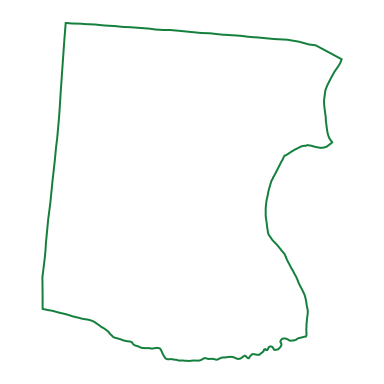 outline of Taling Chan, Bangkok Metropolis, Thailand
{"feature_id": "78962969B19319663226998", "entity_name": "Taling Chan", "entity_type": "district", "adm_level": 2, "iso_a3": "THA", "parent_name": "Thailand", "parent_adm1": "Bangkok Metropolis", "projection": "natural_earth1", "projection_center": [100.444, 13.771], "detail": "fine", "context": "isolated", "style": "outline", "palette": "green", "viewbox_px": 384, "rotation_deg": 0, "n_neighbors": 0, "source": "geoboundaries", "source_scale": "gbopen_adm2", "svg_char_len": 5853}
<svg xmlns="http://www.w3.org/2000/svg" viewBox="0 0 384 384"><path d="M76.6,317.3L78.9,317.8L79.2,317.9L81.2,318.5L81.4,318.5L83.0,318.9L84.2,319.1L85.6,319.3L87.8,319.6L89.3,320.0L90.9,320.4L92.9,321.2L94.5,322.0L95.6,322.8L95.8,322.9L97.0,323.7L97.4,324.1L97.8,324.3L98.5,324.8L99.0,325.1L100.1,326.0L100.5,326.3L101.1,326.7L101.6,327.1L102.0,327.3L102.3,327.4L104.7,328.8L105.4,329.4L106.3,330.0L107.5,331.0L107.9,331.3L108.6,332.1L109.3,332.7L109.3,332.9L109.3,333.1L109.4,333.3L110.9,334.7L113.4,337.1L115.4,337.9L117.5,338.4L120.4,339.2L121.6,339.7L123.1,340.3L126.3,341.1L129.7,341.5L130.6,341.7L131.5,342.1L131.8,342.2L132.2,342.8L132.7,343.6L133.7,344.6L134.3,345.1L135.9,345.7L138.3,346.4L139.6,347.0L140.9,347.6L141.9,347.9L144.9,348.1L146.1,348.1L147.9,348.1L148.9,348.1L151.7,348.6L152.1,348.6L154.7,348.2L156.2,347.9L156.9,347.9L158.2,348.0L159.1,348.2L159.6,348.4L159.9,348.5L160.1,348.8L160.5,349.2L161.3,350.6L163.1,354.6L163.8,355.9L164.2,356.5L165.4,358.3L165.6,358.4L165.9,358.6L166.3,358.8L166.6,359.0L167.0,359.1L167.6,359.2L168.1,359.3L169.5,359.2L170.8,359.1L171.9,359.2L174.1,359.6L176.2,359.8L176.7,359.9L178.6,360.5L180.7,360.5L181.0,360.5L182.5,360.5L185.8,360.8L186.7,360.8L186.9,360.8L187.3,360.8L189.1,361.0L192.3,360.6L195.3,360.5L195.5,360.5L197.9,360.7L199.8,360.4L200.8,360.1L203.7,358.5L204.4,358.1L204.7,358.1L205.3,358.1L205.5,358.2L206.1,358.3L208.3,359.0L209.4,358.9L212.2,358.9L213.1,358.9L213.7,359.0L214.4,359.2L215.5,359.5L216.4,359.7L216.8,359.7L217.1,359.7L219.8,358.4L221.4,357.7L223.6,357.4L224.6,357.5L226.0,357.4L226.3,357.2L230.4,356.8L232.7,357.0L233.3,357.2L234.5,357.6L237.2,358.8L237.9,358.9L238.9,358.9L240.1,358.6L240.5,358.5L240.7,358.4L241.7,357.7L243.6,356.3L244.5,355.8L244.7,355.7L245.0,355.7L245.2,355.8L245.8,356.2L246.8,357.2L247.3,357.8L247.7,358.0L248.3,358.3L248.6,358.2L248.8,358.1L249.0,358.0L250.0,356.3L251.6,354.7L251.9,354.4L252.1,354.3L252.3,354.2L252.6,354.1L254.1,354.2L255.7,354.5L257.4,354.8L257.5,354.8L258.2,354.8L258.9,354.8L259.2,354.8L259.5,354.7L260.4,353.8L261.2,353.1L261.6,353.0L262.6,352.1L263.1,351.6L263.5,351.3L263.7,350.9L263.7,350.3L263.9,349.9L264.4,349.5L265.0,349.2L265.5,349.1L265.8,349.3L266.1,350.1L266.3,350.2L267.3,349.9L267.8,349.5L267.9,349.4L268.0,349.2L268.4,347.8L268.5,347.6L268.6,347.4L269.5,346.7L269.8,346.6L270.3,346.4L270.7,346.4L271.3,346.6L272.1,346.8L272.4,347.0L272.6,347.2L272.9,347.6L273.9,349.4L274.0,349.6L274.3,349.8L274.8,349.9L276.1,349.7L277.5,349.5L277.9,349.3L278.1,349.3L278.8,348.7L280.2,347.2L281.0,346.1L281.2,345.5L281.4,344.9L281.4,344.5L281.4,344.2L281.4,343.9L281.3,343.7L281.1,343.4L280.7,342.3L280.3,341.8L280.5,341.1L280.9,340.4L281.1,340.0L281.9,339.0L282.6,338.6L283.9,338.5L285.1,338.4L286.7,338.9L288.5,339.8L289.6,340.6L291.3,340.7L292.5,340.5L294.2,340.4L294.7,340.2L295.9,339.8L297.2,338.9L298.0,338.4L299.4,337.9L300.4,337.8L304.4,336.7L305.8,336.6L306.4,335.5L306.4,334.2L306.5,334.1L306.5,332.8L306.4,332.6L306.3,328.5L306.5,326.2L306.5,325.9L306.4,325.7L307.1,318.0L307.5,315.3L307.5,315.1L307.6,314.1L307.8,312.3L307.8,312.1L307.7,310.7L307.6,309.1L307.5,308.9L307.3,308.1L307.0,306.6L306.6,304.5L306.5,304.1L306.3,301.9L305.5,298.2L305.3,297.3L305.2,297.1L304.6,295.0L304.1,293.6L303.5,292.6L302.5,290.5L301.9,289.1L301.7,288.8L300.5,286.6L300.2,286.1L299.4,284.4L298.4,282.4L298.2,281.7L297.2,279.1L296.7,278.1L296.1,276.6L295.1,275.0L294.2,273.3L293.6,272.2L293.4,271.5L291.0,267.6L290.4,266.3L289.0,263.6L288.0,261.8L287.7,261.2L286.3,258.2L285.9,257.1L286.0,257.0L285.8,256.6L285.4,256.1L284.7,254.2L281.3,250.2L281.1,249.9L280.6,249.2L278.4,246.5L276.8,244.6L276.2,244.0L272.7,240.4L272.1,239.6L271.5,238.7L269.8,236.3L269.3,235.6L268.8,234.9L268.5,234.3L268.1,232.7L267.9,231.8L267.2,227.5L267.0,225.7L266.9,225.1L266.8,223.9L266.1,219.1L265.7,216.1L265.7,215.8L265.7,212.2L265.7,210.3L265.6,210.1L265.7,208.7L265.8,206.9L266.0,205.1L266.3,202.3L266.6,200.2L267.1,197.9L267.5,196.3L268.5,191.0L268.6,190.6L268.8,189.8L270.6,183.6L271.5,180.7L271.8,180.3L271.9,180.0L272.4,179.3L272.7,178.8L273.2,177.3L273.6,176.6L274.4,175.4L274.8,174.4L275.3,173.7L281.4,161.6L282.7,159.5L283.8,156.9L284.2,156.2L284.8,155.5L285.2,155.3L285.9,155.3L289.4,153.0L291.8,151.4L292.3,151.1L293.1,150.7L293.5,150.5L295.0,149.5L298.0,148.1L301.2,146.4L304.4,145.7L304.5,145.7L305.1,145.9L306.2,145.7L307.0,145.2L307.4,145.1L307.9,145.2L311.2,145.7L312.1,146.0L314.5,146.7L318.0,147.4L319.5,147.7L320.8,147.9L323.3,147.6L324.9,147.3L325.1,147.2L326.0,146.8L326.5,146.7L327.1,146.5L327.5,146.1L328.3,145.4L330.6,143.7L331.0,143.5L332.2,142.3L329.8,139.0L329.3,138.2L328.7,136.8L328.3,135.4L327.8,133.9L327.4,132.1L326.9,128.8L326.5,125.7L325.9,120.9L325.7,117.1L325.1,112.5L324.5,108.1L324.1,104.1L324.1,103.1L324.0,101.2L324.2,99.0L325.2,91.5L325.7,89.2L326.2,88.1L327.4,85.1L331.1,77.8L334.5,71.7L335.1,70.8L337.8,67.0L339.0,65.1L339.6,64.1L340.2,63.0L340.5,62.3L340.8,61.6L341.6,59.2L315.6,45.3L309.2,44.5L299.0,41.7L287.1,39.7L273.7,39.0L259.2,37.6L257.2,37.4L253.3,37.2L247.5,36.7L240.7,35.8L237.4,35.6L235.5,35.4L231.4,35.2L227.1,34.9L224.6,34.8L223.6,34.8L220.2,34.4L217.6,34.2L210.3,33.3L201.3,33.0L196.2,32.5L180.1,30.9L170.3,30.0L163.2,30.0L155.4,29.5L149.1,28.6L136.8,27.7L132.5,27.4L131.4,27.3L130.3,27.2L124.3,27.0L121.8,26.8L115.0,26.1L104.8,25.5L100.4,25.1L96.1,24.6L94.7,24.5L93.1,24.4L85.1,24.1L82.0,23.8L80.1,23.7L78.5,23.7L76.4,23.6L72.4,23.5L70.6,23.4L66.9,23.0L65.7,23.0L64.3,40.5L60.7,91.9L60.0,103.6L59.1,116.8L57.2,138.1L56.1,146.9L54.6,162.5L52.6,180.0L50.3,203.2L48.2,219.3L45.9,243.2L45.5,250.4L44.8,257.7L42.4,277.3L42.5,285.4L42.6,297.1L42.6,306.4L42.7,309.0L43.5,309.1L48.2,310.1L50.1,310.4L50.3,310.4L53.3,311.0L55.4,311.6L58.5,312.5L65.1,314.0L68.0,314.8L68.6,315.0L71.1,315.8L71.4,315.9L71.6,316.0L72.1,316.2L74.4,316.8L76.6,317.3Z" fill="none" stroke="#15803d" stroke-width="2"/></svg>